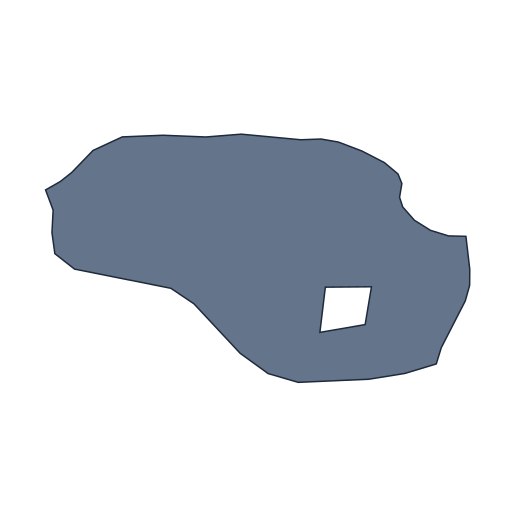 outline of Benguet, rotated 275°
{"feature_id": "PHL-2559", "entity_name": "Benguet", "entity_type": "Province", "adm_level": 1, "iso_a3": "PHL", "parent_name": "Philippines", "parent_adm1": "", "projection": "mercator", "projection_center": [120.715, 16.554], "detail": "fine", "context": "isolated", "style": "filled", "palette": "slate", "viewbox_px": 512, "rotation_deg": 275, "n_neighbors": 0, "source": "natural_earth", "source_scale": "10m", "svg_char_len": 680}
<svg xmlns="http://www.w3.org/2000/svg" viewBox="0 0 512 512"><g transform="rotate(275 256 256)"><path d="M164.2,445.0L152.0,414.6L143.1,379.3L133.8,309.1L139.9,278.4L157.6,248.8L203.0,198.3L216.4,174.0L227.1,76.4L240.8,55.4L261.5,50.7L284.0,49.9L303.5,40.6L313.1,54.5L323.1,65.1L347.0,84.5L363.0,112.4L368.2,152.9L370.2,195.7L376.1,230.7L375.7,290.4L378.2,310.6L376.7,328.1L369.8,352.4L360.2,375.8L350.1,390.3L340.9,395.0L327.0,393.9L317.6,397.9L305.4,410.7L296.8,427.5L292.8,445.9L293.9,463.4L261.5,470.1L245.5,471.4L229.5,468.4L180.9,448.6L164.2,445.0ZM235.4,373.7L231.0,327.8L185.5,326.3L197.2,370.7L235.4,373.7Z" fill="#64748b" stroke="#1e293b" stroke-width="1.5"/></g></svg>